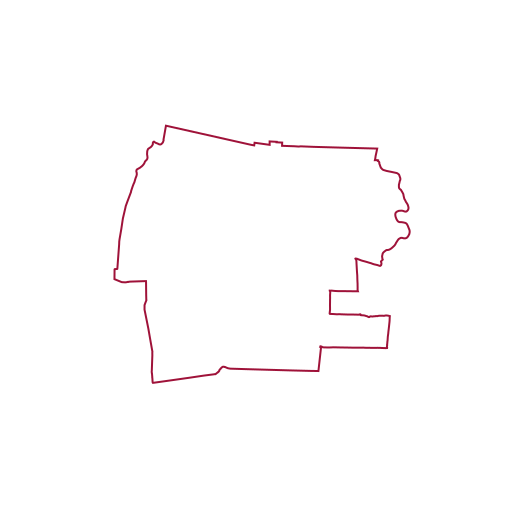 outline of Cosoba, Giurgiu, Romania, rotated 227°
{"feature_id": "2599482B93703236518743", "entity_name": "Cosoba", "entity_type": "district", "adm_level": 2, "iso_a3": "ROU", "parent_name": "Romania", "parent_adm1": "Giurgiu", "projection": "orthographic", "projection_center": [25.808, 44.526], "detail": "fine", "context": "isolated", "style": "outline", "palette": "rose", "viewbox_px": 512, "rotation_deg": 227, "n_neighbors": 0, "source": "geoboundaries", "source_scale": "gbopen_adm2", "svg_char_len": 5985}
<svg xmlns="http://www.w3.org/2000/svg" viewBox="0 0 512 512"><g transform="rotate(227 256 256)"><path d="M412.7,279.0L408.4,273.3L405.0,268.8L404.4,267.9L404.0,267.7L403.6,267.3L402.7,265.6L402.5,264.9L402.4,263.1L402.6,262.5L402.8,262.1L403.2,261.7L404.0,261.2L405.2,260.8L407.5,259.7L409.2,259.4L409.4,259.0L409.4,258.5L409.2,257.9L408.8,257.4L408.1,256.8L407.9,256.4L407.5,254.9L407.4,253.5L407.5,252.7L407.9,250.2L407.3,248.7L406.7,247.8L404.8,245.8L404.0,245.2L403.6,245.0L402.0,243.8L401.6,243.3L401.2,242.7L400.9,241.6L400.9,241.0L400.8,239.3L399.9,237.3L399.6,235.7L399.5,234.4L399.5,233.3L399.6,232.8L399.7,231.3L400.3,228.9L400.5,227.9L400.3,227.2L399.9,226.6L399.4,226.1L398.2,225.5L397.0,224.5L396.1,223.2L395.0,220.9L392.8,217.2L392.3,215.9L391.1,213.4L388.7,209.0L388.1,208.3L383.4,198.8L381.3,194.7L380.3,193.3L374.2,184.2L367.6,175.9L361.3,167.6L359.8,165.8L357.9,163.9L343.1,147.9L341.6,146.3L341.2,145.7L341.3,145.5L342.7,143.8L342.7,143.6L342.5,143.4L342.4,143.1L341.9,142.7L335.6,136.7L328.6,139.9L328.1,140.3L325.8,142.5L325.1,143.5L324.5,144.6L324.1,144.9L323.9,145.4L323.6,145.8L323.0,146.6L312.7,158.4L311.8,157.7L302.5,149.2L302.3,149.0L301.7,148.5L298.8,145.9L298.5,145.8L297.6,144.0L297.5,143.7L296.1,141.0L292.8,137.9L276.4,127.8L266.9,121.6L257.5,115.5L256.6,114.9L256.2,114.4L254.0,112.4L243.4,101.8L242.8,101.1L241.5,100.0L241.3,100.0L239.9,98.9L239.7,98.8L239.2,98.3L238.2,97.6L238.1,97.4L237.4,96.9L237.1,96.7L234.2,94.3L233.6,94.1L233.3,94.4L224.6,106.8L212.3,124.4L204.1,136.3L198.2,144.5L197.5,145.6L197.2,145.8L197.0,148.7L197.0,149.3L196.9,149.3L196.9,149.9L197.1,150.9L197.4,151.2L197.6,151.7L197.7,152.6L197.6,153.0L197.8,153.5L197.8,154.4L197.8,155.5L197.7,156.0L197.4,156.5L196.8,157.1L196.4,157.2L195.9,157.7L194.6,158.2L193.1,158.9L191.2,160.3L180.1,171.5L149.1,202.9L134.3,218.0L134.2,218.1L133.2,219.2L130.8,221.6L129.7,222.8L129.3,223.2L145.3,241.8L145.8,241.2L145.9,241.4L146.0,241.5L145.9,241.7L145.2,242.0L144.5,242.3L143.7,242.6L142.7,243.5L139.2,247.1L136.3,250.5L131.9,255.0L124.4,262.8L123.2,264.0L118.9,268.6L117.1,270.5L115.9,271.9L114.8,272.9L113.1,274.6L111.6,276.3L110.5,277.3L110.2,277.7L109.4,278.5L107.7,280.3L106.1,282.1L104.2,284.1L102.9,285.3L101.9,286.3L101.1,287.1L100.3,287.9L99.3,289.1L99.5,289.4L99.9,289.6L100.6,290.1L101.4,291.2L101.8,291.4L102.2,292.0L102.7,292.5L103.2,293.1L103.7,293.6L104.3,294.4L107.2,297.5L109.0,299.7L110.6,301.5L111.6,302.7L113.9,305.4L116.6,308.5L117.4,309.4L119.7,311.7L120.8,312.9L121.1,312.7L121.9,312.2L122.8,311.5L123.5,310.9L124.1,310.2L124.5,309.6L124.8,309.0L125.2,308.6L126.6,307.2L127.0,306.7L127.4,306.3L127.9,305.8L128.3,305.3L128.6,304.9L128.9,304.4L129.2,303.8L130.0,303.0L130.3,302.7L130.5,302.4L130.6,302.1L131.3,301.3L131.8,300.7L132.0,300.3L132.4,299.8L132.9,299.4L133.7,298.7L133.9,298.4L134.0,298.1L134.0,297.7L134.0,297.4L134.2,297.2L134.3,296.9L134.6,296.7L134.8,296.6L135.5,296.4L135.9,296.3L136.7,295.8L137.4,295.4L138.3,294.9L139.1,294.3L140.9,292.6L141.3,292.3L141.5,292.5L141.8,292.6L142.0,292.6L142.3,292.5L142.5,292.2L142.9,291.3L143.1,291.1L143.8,290.3L144.9,289.2L148.3,285.7L151.2,282.6L153.2,280.6L155.4,278.4L156.5,277.4L157.1,276.7L158.2,275.4L160.9,272.9L162.2,271.6L163.2,270.6L163.4,270.6L163.6,270.6L163.8,270.7L165.6,272.8L166.4,273.7L167.5,274.7L169.6,276.6L172.1,279.0L173.6,280.4L174.7,281.5L176.8,283.4L178.4,285.1L179.1,285.8L180.0,286.2L180.3,286.2L180.4,286.3L179.6,287.1L179.4,287.4L178.3,288.4L176.9,289.6L174.4,292.0L172.0,294.6L163.4,303.6L160.9,306.3L160.7,306.5L161.1,306.7L161.4,306.8L161.9,307.2L162.6,307.8L163.4,308.6L164.4,309.5L166.6,311.5L168.4,313.0L169.8,314.2L172.6,316.7L175.6,319.1L177.9,321.0L179.7,322.5L181.5,324.0L183.5,325.7L184.4,326.4L185.4,326.8L186.1,326.8L186.3,326.9L186.3,327.0L185.8,327.5L184.9,328.1L184.0,328.5L180.9,330.0L179.7,330.7L178.3,331.6L177.0,332.4L175.5,333.3L173.9,334.2L172.1,335.3L170.8,335.9L169.2,336.8L168.5,337.3L167.6,337.9L166.6,338.6L164.5,339.7L164.3,339.9L164.1,340.1L164.1,340.3L164.0,340.5L164.1,340.9L164.0,341.1L164.0,341.3L164.5,342.1L164.9,342.6L165.2,342.8L166.0,343.3L166.6,343.5L166.8,343.7L166.8,344.0L166.9,345.1L166.9,346.2L168.0,346.7L169.8,348.0L170.0,348.3L170.3,348.7L170.6,349.2L171.4,350.3L171.7,351.4L171.7,352.0L171.7,353.0L171.4,355.4L171.1,355.8L170.6,356.4L170.0,357.3L169.6,358.4L169.3,359.9L169.2,361.4L169.2,364.3L169.5,365.9L170.0,367.1L170.4,368.6L170.6,369.4L170.9,370.6L171.1,371.9L170.9,372.8L170.6,374.1L169.8,375.1L168.1,376.2L167.1,377.2L166.5,378.5L166.6,380.4L167.3,382.6L167.5,383.1L167.8,383.4L168.1,384.0L169.0,385.0L170.2,385.9L172.5,386.8L174.5,387.6L176.3,388.1L177.4,388.1L178.5,387.7L180.0,386.7L181.4,385.6L182.4,384.6L183.0,384.0L183.6,383.7L184.2,383.5L185.1,383.5L186.0,383.6L187.2,383.9L188.2,384.3L189.6,384.9L190.8,385.7L191.6,386.4L192.2,387.3L192.4,388.2L192.3,389.4L192.0,390.3L191.6,391.3L190.8,392.3L189.7,393.6L188.7,394.3L187.3,395.0L186.5,395.6L186.1,396.1L185.9,396.7L185.9,397.8L186.1,398.8L186.6,399.7L187.2,400.4L188.3,401.1L189.3,401.6L190.2,402.0L192.2,402.4L193.5,402.6L194.9,403.1L195.9,403.3L196.7,403.5L198.5,404.5L199.7,405.2L200.7,405.9L201.7,406.2L203.2,406.6L204.3,406.8L205.1,407.0L205.7,407.1L206.5,406.9L207.1,406.9L207.6,406.9L208.3,407.1L209.0,407.6L209.8,408.3L210.8,409.3L211.4,410.3L212.3,411.6L212.9,412.5L213.3,413.5L214.0,414.2L214.5,414.6L215.9,415.2L217.2,415.8L218.0,416.1L218.9,416.0L220.0,415.8L220.7,415.5L222.0,414.6L224.0,413.2L225.3,412.3L226.8,411.2L229.2,409.5L231.1,408.4L232.1,407.8L232.9,407.6L234.1,407.5L234.9,407.6L235.5,407.5L236.0,407.8L236.9,408.1L237.7,408.5L238.4,408.8L239.0,409.0L239.6,409.3L240.2,409.9L240.9,410.2L241.5,410.2L242.4,409.9L242.8,410.5L243.5,410.0L245.0,408.3L246.1,409.9L247.5,411.6L249.3,414.2L251.9,417.9L275.6,393.8L296.4,372.7L305.7,363.5L306.9,361.9L310.1,358.9L318.8,350.2L321.1,352.5L325.1,348.6L325.4,349.0L330.5,344.1L328.0,341.8L339.8,332.2L338.1,330.1L340.3,328.5L340.7,328.2L412.7,279.0Z" fill="none" stroke="#9f1239" stroke-width="2"/></g></svg>